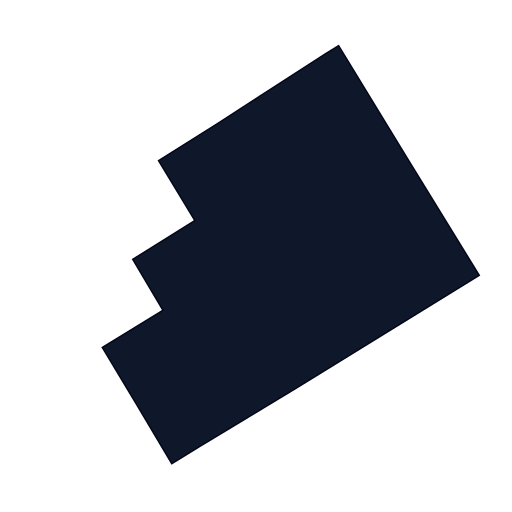 outline of Medina, Ohio, United States of America, rotated 328°
{"feature_id": "52423323B44345511959461", "entity_name": "Medina", "entity_type": "district", "adm_level": 2, "iso_a3": "USA", "parent_name": "United States of America", "parent_adm1": "Ohio", "projection": "natural_earth1", "projection_center": [-81.932, 41.133], "detail": "fine", "context": "isolated", "style": "filled", "palette": "ink", "viewbox_px": 512, "rotation_deg": 328, "n_neighbors": 0, "source": "geoboundaries", "source_scale": "gbopen_adm2", "svg_char_len": 384}
<svg xmlns="http://www.w3.org/2000/svg" viewBox="0 0 512 512"><g transform="rotate(328 256 256)"><path d="M435.1,390.7L436.1,253.1L437.5,121.4L422.5,121.3L346.2,122.4L323.0,122.8L294.1,123.3L223.9,123.5L222.9,193.5L149.7,193.5L148.3,252.7L77.2,252.1L76.0,320.8L74.5,387.5L107.3,387.7L145.0,388.3L220.3,389.4L435.1,390.7Z" fill="#0f172a" stroke="#020617" stroke-width="1.5"/></g></svg>